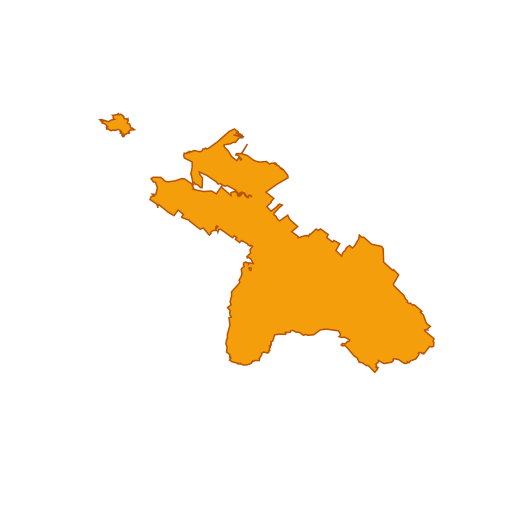 the district of Rush-Lusk Lea-5, Fingal, Ireland, rotated 205°
{"feature_id": "5873133B50398048682629", "entity_name": "Rush-Lusk Lea-5", "entity_type": "district", "adm_level": 2, "iso_a3": "IRL", "parent_name": "Ireland", "parent_adm1": "Fingal", "projection": "natural_earth1", "projection_center": [-6.207, 53.544], "detail": "fine", "context": "isolated", "style": "filled", "palette": "amber", "viewbox_px": 512, "rotation_deg": 205, "n_neighbors": 0, "source": "geoboundaries", "source_scale": "gbopen_adm2", "svg_char_len": 6116}
<svg xmlns="http://www.w3.org/2000/svg" viewBox="0 0 512 512"><g transform="rotate(205 256 256)"><path d="M146.3,317.8L156.3,315.5L166.2,318.6L168.2,317.6L171.2,318.7L170.1,314.8L171.0,306.5L172.1,304.0L175.6,305.1L177.4,302.0L177.7,297.8L178.4,297.2L178.7,294.6L178.3,292.1L185.9,294.7L185.4,302.6L192.0,303.0L192.5,301.0L193.3,301.1L199.7,302.6L199.6,306.0L209.0,307.8L210.5,305.4L212.9,305.9L215.7,298.7L216.7,298.4L216.6,295.9L217.9,296.3L220.2,295.1L225.4,290.4L226.2,291.5L233.9,293.1L230.6,300.3L241.0,303.4L244.5,306.4L249.4,297.7L252.3,298.5L254.5,300.4L257.1,300.9L257.8,302.1L255.4,309.7L253.6,313.2L256.7,313.0L257.7,311.0L257.3,310.7L261.3,302.9L267.2,305.3L264.9,311.0L265.5,311.4L264.1,315.6L274.0,318.1L267.3,330.0L260.0,340.5L261.3,342.5L267.8,345.8L270.1,346.3L270.1,345.6L268.1,345.4L269.9,345.5L271.6,346.3L273.2,347.2L277.7,347.2L277.9,347.7L276.8,348.2L277.6,348.6L281.8,346.2L282.5,344.9L286.4,346.1L292.3,342.7L295.4,342.0L298.9,341.8L306.3,343.4L311.5,342.7L312.1,343.1L311.1,353.9L312.5,342.6L316.8,340.7L317.2,339.8L316.8,338.9L314.9,339.7L309.3,337.2L310.6,337.3L310.0,336.2L313.1,338.6L313.5,334.3L320.0,335.7L325.8,339.6L330.9,341.5L331.9,343.3L326.4,347.0L324.9,349.3L322.6,350.2L321.3,355.7L318.1,357.7L318.6,358.1L318.3,358.6L324.5,356.7L325.4,357.0L327.4,355.8L325.7,357.0L321.4,358.2L323.4,358.1L319.4,359.0L319.4,359.5L322.2,359.9L326.5,358.9L324.3,360.0L325.5,360.2L324.1,360.2L324.7,361.0L329.3,362.0L333.1,357.3L339.2,343.1L344.6,333.5L345.9,332.3L347.5,332.4L347.8,331.3L349.3,330.6L349.4,328.2L351.2,326.6L356.9,325.4L358.3,323.3L360.0,323.0L359.9,321.8L361.0,322.1L361.3,320.5L362.2,320.8L362.8,319.3L364.5,318.9L363.9,316.4L362.4,314.6L353.6,314.2L351.4,309.6L349.5,302.2L348.7,302.0L343.9,295.3L342.9,296.4L341.3,295.4L339.0,295.9L334.9,294.5L333.7,295.1L337.4,304.1L341.2,306.0L342.9,308.2L334.8,308.3L323.6,306.5L320.8,305.2L319.1,306.4L317.3,306.4L316.7,306.2L316.6,304.6L316.2,306.0L313.8,306.1L312.0,307.7L302.7,307.1L297.9,304.9L296.2,307.8L292.9,308.1L288.8,305.6L288.0,306.1L288.4,307.6L287.1,308.7L286.1,308.6L284.6,307.4L287.0,308.6L288.2,307.2L287.6,305.8L288.8,305.3L291.4,306.1L293.0,307.5L295.7,307.2L296.8,304.6L296.2,305.3L295.4,305.7L295.7,306.1L295.3,305.9L295.3,305.0L297.9,304.0L297.5,303.1L296.6,304.1L296.5,303.4L295.8,303.8L296.0,303.3L297.4,303.0L296.7,302.4L298.1,303.1L298.5,302.5L298.2,303.6L299.8,305.0L302.5,305.7L305.4,302.9L304.2,300.2L316.8,303.9L318.2,295.6L323.8,296.1L330.7,292.3L339.0,290.3L341.2,290.0L340.8,290.8L343.7,293.0L342.9,294.0L353.5,295.7L356.1,294.7L361.0,290.0L367.4,285.8L370.1,285.4L375.4,287.1L382.5,283.9L383.8,281.8L380.3,279.7L378.2,280.3L374.2,276.2L372.8,269.3L376.2,268.2L373.8,267.1L376.1,265.7L375.9,262.3L367.9,261.2L365.3,258.2L366.0,259.7L365.6,261.5L354.2,258.6L347.4,257.9L346.0,264.7L339.4,263.1L339.9,259.9L339.5,259.5L331.4,260.3L330.8,259.5L317.9,256.7L315.6,259.1L307.1,255.2L306.3,257.4L307.1,258.2L305.9,260.8L303.4,262.0L303.6,262.7L301.4,262.5L300.6,261.5L300.8,264.4L299.3,265.3L285.0,262.6L284.3,265.0L281.8,264.6L281.1,264.3L281.8,262.5L276.6,261.3L275.6,263.9L269.0,263.5L267.9,262.6L265.4,262.6L265.2,263.7L263.2,263.4L264.1,259.1L262.1,256.3L264.0,251.5L263.1,250.6L262.3,251.6L259.3,251.0L255.2,248.0L259.0,246.9L259.3,245.6L259.7,246.7L261.5,245.9L262.9,246.3L264.3,244.3L263.4,242.3L262.3,241.6L263.7,238.9L263.7,237.5L261.6,234.6L260.8,231.7L261.1,226.8L260.0,226.1L259.6,224.3L263.0,213.3L261.2,209.3L260.2,203.6L257.9,201.4L260.0,197.2L256.2,195.6L256.1,193.9L254.7,191.7L252.6,190.2L254.4,188.6L250.4,182.3L248.8,172.8L247.0,169.0L247.4,168.2L246.2,163.7L243.5,160.9L242.2,156.5L238.2,155.6L237.3,153.8L236.1,153.6L236.7,152.5L235.6,152.1L236.0,150.5L233.2,150.0L227.3,151.1L227.1,150.5L224.2,151.6L224.5,152.0L221.4,151.8L218.2,153.5L214.9,156.6L214.8,159.3L214.1,159.0L212.8,160.8L208.9,162.6L209.2,164.4L209.7,164.4L209.1,168.9L209.7,170.3L208.4,172.2L204.3,173.0L203.8,174.1L204.4,174.9L203.5,176.2L204.6,177.1L204.4,178.8L205.6,179.8L205.0,180.1L205.5,180.8L204.7,181.5L205.4,182.3L204.9,182.8L206.2,184.3L204.9,186.0L205.8,192.3L202.4,194.7L196.2,197.4L196.1,198.6L197.0,199.1L193.7,200.7L192.9,201.4L192.9,202.9L191.1,204.2L187.7,203.9L184.4,205.1L179.4,204.2L178.2,205.6L175.3,206.2L170.5,208.9L166.4,216.3L161.4,219.5L149.7,223.0L146.7,221.1L146.0,219.4L146.7,218.0L143.6,218.5L141.2,220.0L135.6,219.5L135.7,217.8L136.9,217.4L138.0,214.0L140.7,213.3L141.2,211.3L139.5,211.1L137.7,212.3L135.9,212.0L124.8,206.9L121.1,206.3L117.5,203.3L114.7,204.2L109.5,203.3L108.9,204.0L107.1,203.9L99.2,200.8L98.0,205.2L99.0,205.6L98.5,206.5L100.4,206.1L100.1,207.2L101.7,208.7L100.3,210.9L100.8,213.0L94.5,212.6L88.2,217.0L87.4,219.2L88.2,220.6L87.4,221.2L82.8,222.4L76.2,221.3L74.3,222.2L73.3,223.6L73.7,224.0L72.3,223.9L71.7,226.2L67.7,230.1L66.7,235.0L66.9,236.0L67.9,236.4L66.2,238.1L63.3,237.8L63.4,238.8L62.4,238.7L60.4,247.4L58.0,248.0L56.9,249.4L58.3,253.0L59.5,253.5L59.7,256.3L71.3,259.4L72.0,260.4L69.0,261.6L69.9,262.2L68.2,265.9L73.0,266.9L79.4,273.3L83.2,274.5L82.3,275.9L90.4,278.3L92.4,278.5L93.4,277.7L96.1,278.6L97.2,277.6L99.3,277.9L99.5,279.3L102.3,280.2L105.0,282.6L118.7,287.4L119.6,289.0L118.7,299.2L125.6,301.8L125.8,300.8L126.7,300.9L137.7,304.4L143.9,316.5L146.3,317.8ZM254.6,240.6L256.2,240.7L257.3,242.4L255.1,243.0L254.6,240.6ZM303.0,266.6L303.6,264.3L304.5,264.3L304.6,266.6L303.0,266.6ZM430.2,311.3L430.7,310.1L427.0,310.4L428.5,308.7L427.2,307.9L426.3,308.4L426.0,310.8L424.2,313.0L422.3,313.8L423.7,313.4L423.9,314.5L422.1,314.2L424.0,314.7L423.4,316.6L419.6,319.1L422.4,319.7L423.4,319.0L426.3,322.2L428.7,322.0L429.2,323.3L428.9,324.5L429.9,326.1L430.1,325.4L430.9,325.9L431.0,325.2L434.0,325.0L434.8,326.6L438.4,327.4L439.5,326.1L440.9,326.9L441.7,325.3L445.1,323.1L444.5,323.1L444.8,322.7L443.5,320.5L441.9,320.3L445.0,317.7L446.3,315.4L451.3,314.8L451.2,313.9L453.3,314.6L455.1,313.5L452.2,312.5L451.7,311.5L449.2,311.9L446.8,311.4L445.8,310.3L444.6,310.9L445.9,309.2L444.9,307.9L443.5,308.6L440.3,308.2L439.0,309.7L436.7,310.2L435.0,312.2L432.3,312.6L431.0,312.1L431.5,311.3L430.2,311.3Z" fill="#f59e0b" stroke="#b45309" stroke-width="1.5"/></g></svg>